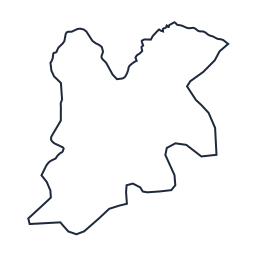 SVG path tracing the border of Dinguiraye, rotated 356°
{"feature_id": "GIN-5634", "entity_name": "Dinguiraye", "entity_type": "Prefecture", "adm_level": 1, "iso_a3": "GIN", "parent_name": "Guinea", "parent_adm1": "", "projection": "natural_earth1", "projection_center": [-10.675, 11.582], "detail": "fine", "context": "isolated", "style": "outline", "palette": "slate", "viewbox_px": 256, "rotation_deg": 356, "n_neighbors": 0, "source": "natural_earth", "source_scale": "10m", "svg_char_len": 2021}
<svg xmlns="http://www.w3.org/2000/svg" viewBox="0 0 256 256"><g transform="rotate(356 128 128)"><path d="M87.3,25.6L90.6,26.6L93.1,28.7L98.6,38.6L101.8,41.3L105.0,43.1L107.5,45.4L108.4,49.9L108.0,51.3L106.7,54.2L106.5,55.5L107.1,57.2L110.8,61.5L116.4,73.7L120.4,78.5L126.1,78.2L128.2,77.1L129.5,75.6L131.1,72.8L132.3,69.9L132.8,67.7L133.9,66.0L136.4,64.1L139.2,62.4L141.3,61.6L140.4,58.1L141.9,56.1L144.7,54.6L147.5,52.3L147.5,51.2L147.1,49.5L147.2,47.9L148.4,47.2L148.9,46.6L147.8,43.4L147.9,41.9L150.4,40.8L157.0,41.4L158.4,39.1L159.3,37.8L164.1,33.3L165.9,31.9L166.8,32.7L167.7,33.3L169.7,34.1L169.6,31.8L170.4,31.1L171.7,31.0L173.0,30.2L173.6,28.7L173.8,28.4L174.8,29.2L175.2,30.1L175.6,30.1L176.4,28.2L181.6,25.8L182.7,26.5L183.4,27.5L184.3,28.5L188.8,29.6L193.7,32.2L196.3,32.8L199.7,32.6L200.7,32.8L202.0,33.5L203.9,35.3L205.0,36.1L206.0,36.5L206.4,36.6L208.7,36.8L210.1,37.1L211.8,38.1L214.6,40.6L216.3,41.6L218.9,42.5L223.7,45.4L226.5,45.9L229.0,46.8L233.8,51.1L224.7,57.9L219.3,66.5L207.0,77.3L193.2,85.8L192.2,87.4L191.0,88.9L189.8,90.6L197.7,104.8L202.6,110.0L209.5,118.6L214.9,134.0L214.4,160.9L199.2,161.5L185.0,148.9L174.2,146.6L165.3,150.6L163.4,157.5L171.1,178.3L171.2,188.4L166.8,193.0L155.5,193.5L142.8,193.5L138.3,192.4L136.1,188.1L129.0,183.8L122.6,185.0L121.6,191.8L121.6,203.5L114.0,204.8L103.6,207.3L92.4,216.4L77.1,228.0L69.2,230.4L61.3,227.1L56.8,221.3L53.9,217.4L23.2,216.9L22.2,211.3L37.5,199.1L46.2,192.0L46.2,184.9L43.2,176.2L38.4,169.2L43.9,159.7L46.0,157.3L47.3,156.2L48.8,155.3L53.6,153.4L54.4,152.5L55.1,151.4L56.8,149.8L58.9,148.2L60.5,147.6L61.4,146.5L62.4,144.0L61.7,142.8L53.7,138.3L52.6,137.4L51.6,136.3L51.1,135.7L50.7,135.0L50.5,134.1L50.5,133.0L50.9,131.3L61.5,115.9L62.0,108.7L62.4,104.2L62.6,98.6L64.2,95.0L64.2,88.1L64.2,78.4L57.8,71.3L55.6,65.5L55.2,57.5L56.4,56.1L57.8,53.0L58.7,48.4L59.6,47.8L60.8,47.8L61.9,47.2L63.8,43.6L64.5,42.7L69.0,38.9L70.6,36.8L72.4,29.9L73.5,28.3L75.3,27.8L78.5,28.0L84.5,25.7L87.3,25.6Z" fill="none" stroke="#1e293b" stroke-width="2"/></g></svg>